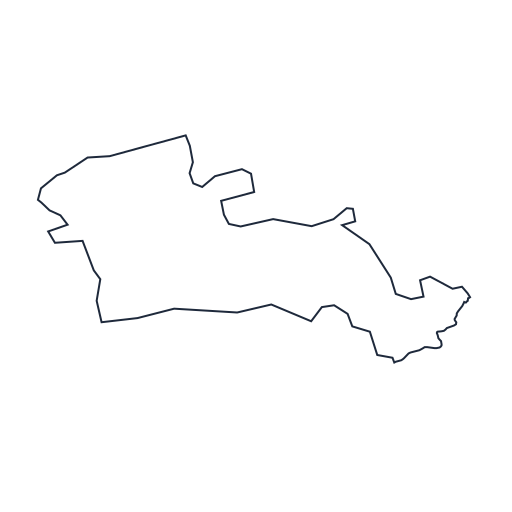 Tong, Ysyk-Köl, Kyrgyzstan, rotated 165°
{"feature_id": "92254566B55303155079831", "entity_name": "Tong", "entity_type": "district", "adm_level": 2, "iso_a3": "KGZ", "parent_name": "Kyrgyzstan", "parent_adm1": "Ysyk-Köl", "projection": "natural_earth1", "projection_center": [76.22, 42.065], "detail": "fine", "context": "isolated", "style": "outline", "palette": "slate", "viewbox_px": 512, "rotation_deg": 165, "n_neighbors": 0, "source": "geoboundaries", "source_scale": "gbopen_adm2", "svg_char_len": 1561}
<svg xmlns="http://www.w3.org/2000/svg" viewBox="0 0 512 512"><g transform="rotate(165 256 256)"><path d="M114.3,123.7L107.4,120.8L105.6,120.3L102.4,120.1L101.1,120.6L100.0,121.5L99.6,122.6L99.3,125.9L100.2,127.5L101.1,129.4L101.0,131.9L101.0,132.3L101.1,133.8L101.3,134.4L101.0,135.4L100.7,135.7L100.1,135.9L96.7,135.3L95.5,135.2L93.9,135.1L92.0,135.9L90.3,137.0L86.6,137.3L82.8,137.6L80.5,138.3L79.7,140.1L80.6,142.5L80.5,143.7L78.2,146.0L77.6,146.5L76.9,148.6L75.2,150.2L69.7,154.3L67.9,156.3L66.8,157.7L66.2,157.1L65.6,156.8L65.0,156.8L64.4,157.5L63.2,157.8L62.9,158.3L62.1,160.3L60.9,160.4L59.9,160.8L61.2,165.1L65.0,173.0L74.6,173.5L93.2,191.0L103.8,190.1L104.7,173.4L117.4,174.2L130.8,183.2L131.4,200.2L143.4,238.1L164.8,263.5L151.2,263.8L150.2,276.5L156.0,278.7L171.6,271.5L194.5,270.4L229.9,287.2L263.2,288.5L273.9,294.0L276.3,304.2L275.4,318.3L241.2,318.3L239.5,336.8L247.1,343.5L275.0,343.7L290.1,336.6L297.8,342.4L298.7,353.2L292.7,362.9L291.4,379.6L292.7,390.7L336.2,390.5L371.5,390.3L393.2,394.7L419.1,386.0L427.4,385.5L446.2,377.0L452.1,366.7L449.5,363.2L443.6,353.5L434.4,345.9L429.9,335.0L450.4,333.5L446.8,320.8L419.6,315.5L416.4,284.1L412.4,273.9L421.5,254.0L422.3,232.0L386.5,226.7L348.7,226.3L288.8,206.3L253.8,205.2L219.6,178.7L205.6,189.6L193.3,188.2L182.5,176.4L181.2,163.1L165.6,153.4L164.5,129.0L150.5,122.4L150.0,117.3L148.4,117.7L145.1,117.7L142.7,117.7L140.9,118.3L139.6,118.9L134.0,122.3L133.0,122.6L131.4,122.8L122.7,122.7L121.3,123.0L118.9,123.6L116.7,124.3L114.3,123.7Z" fill="none" stroke="#1e293b" stroke-width="2"/></g></svg>